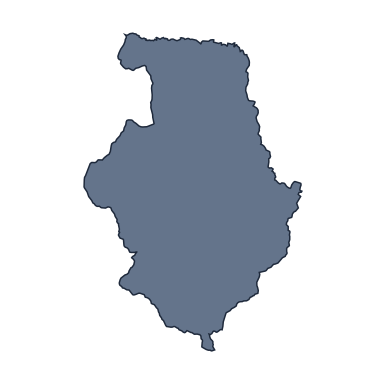 outline of Nam Dong, Thừa Thiên - Huế, Vietnam, rotated 99°
{"feature_id": "81297802B42791937018990", "entity_name": "Nam Dong", "entity_type": "district", "adm_level": 2, "iso_a3": "VNM", "parent_name": "Vietnam", "parent_adm1": "Thừa Thiên - Huế", "projection": "mercator", "projection_center": [107.686, 16.119], "detail": "fine", "context": "isolated", "style": "filled", "palette": "slate", "viewbox_px": 384, "rotation_deg": 99, "n_neighbors": 0, "source": "geoboundaries", "source_scale": "gbopen_adm2", "svg_char_len": 5948}
<svg xmlns="http://www.w3.org/2000/svg" viewBox="0 0 384 384"><g transform="rotate(99 192 192)"><path d="M47.1,282.7L48.6,281.2L50.1,281.1L51.7,281.7L53.9,281.7L57.4,282.5L62.0,284.7L65.9,285.8L69.5,286.4L71.5,285.8L72.6,284.5L72.7,282.9L73.2,282.6L76.0,282.7L76.8,282.2L79.4,279.2L80.7,276.8L80.2,274.8L79.7,273.8L81.0,270.2L81.1,269.2L80.7,268.5L78.6,266.9L77.5,264.1L75.2,260.6L74.4,258.5L75.2,257.0L78.7,255.9L83.7,250.9L86.6,250.2L90.5,247.7L91.5,247.6L93.0,248.3L95.8,248.2L102.3,246.5L106.5,246.0L108.0,246.1L110.1,246.8L111.8,246.2L115.2,245.8L121.7,243.0L124.5,242.4L130.3,240.2L130.9,240.5L134.6,246.8L135.5,250.9L135.6,252.6L135.1,254.7L133.0,258.0L131.9,260.5L130.6,262.1L130.4,263.2L130.7,265.8L131.3,267.2L131.8,267.6L132.8,267.9L136.1,267.9L139.3,269.0L142.3,269.1L144.7,271.2L147.6,271.9L151.8,274.7L154.4,275.4L155.4,277.4L157.0,278.8L158.9,279.0L164.7,279.0L167.7,279.8L169.0,281.4L171.4,283.6L172.6,284.5L174.4,285.5L174.9,289.5L175.4,290.1L176.8,290.8L177.7,291.6L178.2,292.7L178.5,295.6L179.4,296.6L179.9,297.0L192.6,299.7L194.3,300.4L196.8,300.3L203.8,299.4L204.6,299.0L208.3,295.6L212.7,293.3L216.1,289.7L218.3,288.2L218.9,286.7L220.4,285.2L221.0,283.5L220.6,281.1L221.5,279.7L221.7,278.9L221.4,274.9L219.8,272.6L220.0,270.5L220.5,269.5L222.7,268.4L225.7,265.2L228.2,264.0L230.8,261.7L233.0,261.6L234.2,260.7L234.7,259.6L235.8,259.5L240.1,257.9L242.7,258.1L242.9,257.4L243.4,257.2L245.3,257.9L246.3,257.8L248.8,255.8L249.4,252.7L249.9,252.2L255.1,250.9L256.0,250.5L256.9,249.4L257.3,247.5L257.8,246.6L258.6,245.7L261.0,244.2L261.2,243.8L261.2,242.3L260.6,239.0L259.9,237.7L260.0,237.2L261.8,238.2L263.5,238.7L265.1,240.7L266.4,241.3L267.4,239.6L268.9,238.1L269.9,237.9L273.0,238.1L275.8,239.5L276.3,240.4L276.7,240.6L279.8,241.8L281.8,242.0L283.4,243.3L284.5,245.3L288.2,248.7L289.8,249.2L292.8,249.6L294.1,249.4L295.4,248.6L296.4,246.6L297.6,245.7L297.7,243.9L298.8,241.2L298.7,238.8L302.7,234.5L302.8,233.3L302.0,231.6L300.4,229.0L300.1,227.6L300.9,223.1L303.2,221.7L303.4,219.5L304.5,217.2L306.2,215.6L308.4,214.7L308.7,214.0L309.2,211.5L311.7,209.2L313.0,207.4L315.7,206.3L316.7,205.4L318.9,204.6L321.2,202.4L322.5,201.7L323.5,200.0L327.7,197.2L328.8,196.1L328.8,191.6L328.5,190.3L327.7,188.9L327.6,187.8L328.7,185.3L328.8,184.3L330.1,183.2L330.7,180.5L331.8,178.7L332.1,177.5L331.7,176.6L329.7,175.3L331.0,170.9L330.8,170.2L332.1,167.5L331.5,164.5L331.7,163.1L331.6,162.1L332.8,160.7L335.6,160.0L336.0,159.2L336.8,158.5L337.7,158.3L339.0,158.4L343.2,158.1L343.6,157.9L345.3,153.4L345.7,151.1L345.4,149.2L345.9,148.2L345.8,147.5L344.4,144.9L341.4,147.3L339.2,147.2L338.2,147.8L336.7,147.9L335.9,148.5L334.3,150.6L332.5,151.7L330.9,152.2L329.7,152.9L329.9,151.6L328.8,150.3L326.2,149.2L325.9,147.7L326.5,146.7L326.6,145.7L326.2,145.0L323.7,142.6L323.3,141.9L323.4,140.7L319.8,140.5L315.4,140.8L306.4,139.5L305.7,139.1L303.2,135.8L301.1,134.6L299.4,132.3L297.8,130.6L297.4,130.4L296.0,130.4L294.3,129.5L293.4,128.5L292.9,127.5L292.4,125.2L291.5,123.9L290.9,121.0L289.3,119.0L287.0,118.1L286.1,116.6L285.0,115.6L284.7,114.7L283.1,113.8L281.8,111.1L279.0,111.1L276.2,112.2L274.2,113.3L271.0,113.9L265.9,112.4L264.5,112.2L262.8,112.2L260.9,113.0L258.6,107.3L257.9,106.4L255.6,105.2L254.0,102.3L250.7,100.2L250.2,98.7L248.7,96.0L242.8,92.4L241.0,89.9L239.8,89.6L238.1,88.6L237.3,88.6L235.9,89.2L233.0,89.7L231.8,89.2L230.2,87.7L229.5,87.5L226.6,88.5L223.9,88.0L220.5,88.5L219.2,89.1L216.2,89.0L215.4,89.4L214.8,91.0L211.0,91.6L209.5,93.7L207.4,93.8L205.5,92.9L203.9,93.0L203.0,92.7L201.5,89.6L200.4,89.4L198.1,89.4L196.8,88.8L195.3,87.8L194.9,86.8L191.1,84.5L186.7,86.9L179.4,84.0L177.8,86.7L177.1,86.6L175.8,86.2L175.0,83.9L174.0,83.6L173.7,85.2L172.9,85.9L170.3,85.8L168.1,85.4L166.9,85.7L166.5,85.9L166.3,86.6L165.6,91.5L165.7,92.4L166.9,93.4L169.4,94.6L172.4,95.1L173.0,95.6L172.8,97.1L172.2,98.5L171.5,99.6L169.5,101.4L168.9,102.4L169.0,104.7L170.1,105.9L170.2,106.6L169.7,108.0L167.4,111.0L167.1,112.2L165.3,112.4L164.4,111.7L163.7,111.8L162.0,112.9L160.6,113.1L160.5,114.0L159.3,115.0L159.0,116.1L158.3,116.0L156.9,115.5L156.5,115.6L155.7,117.5L156.3,119.3L155.4,120.8L150.3,120.8L147.2,121.4L146.2,120.4L144.6,120.0L142.3,121.0L140.4,121.4L139.9,122.0L138.9,125.4L137.5,126.2L135.6,127.9L134.5,129.8L134.1,131.6L132.5,131.2L128.3,132.4L127.0,132.5L124.6,135.7L123.5,135.8L120.8,135.1L119.6,135.4L116.9,135.4L115.1,136.4L112.3,138.7L108.7,140.3L107.0,140.2L105.5,139.4L103.5,139.0L100.9,139.5L99.6,140.5L98.8,141.5L97.4,145.1L95.4,144.2L93.3,143.8L92.8,144.9L92.7,146.1L92.9,149.2L92.6,150.5L89.9,152.1L87.4,152.9L83.7,154.8L80.1,155.1L76.5,153.9L75.2,154.1L72.9,153.7L69.7,155.0L65.9,155.3L65.0,156.6L64.9,157.4L64.5,157.6L62.0,157.2L58.0,155.3L54.9,155.6L53.6,156.0L51.1,157.3L49.3,158.8L47.8,159.4L48.1,161.0L48.0,161.8L46.0,163.0L44.9,163.4L44.1,164.5L44.2,165.1L45.5,165.9L45.7,166.3L43.7,167.0L43.1,167.5L42.0,167.9L40.5,170.4L39.6,170.9L39.8,171.6L41.8,172.7L41.8,173.3L41.2,173.4L38.9,173.1L38.1,173.2L38.4,173.9L40.0,175.6L39.6,177.2L39.5,179.8L41.6,179.9L42.3,180.0L42.4,180.3L41.4,181.8L41.2,183.6L41.4,184.5L42.2,185.5L42.2,185.9L40.1,186.3L40.1,186.9L41.1,189.0L40.6,194.1L40.0,194.3L38.4,194.2L38.3,194.5L38.4,195.7L39.0,197.6L40.2,198.7L40.6,199.4L41.1,204.9L42.4,206.0L43.2,206.3L44.0,206.2L44.3,206.5L41.4,211.6L41.1,215.9L41.6,217.5L40.9,219.3L41.1,220.5L42.4,222.9L41.5,224.1L41.3,226.7L41.7,227.5L42.6,227.2L43.2,227.5L44.7,230.0L44.9,231.2L43.9,234.7L44.4,236.6L45.6,237.7L45.9,238.7L45.6,239.7L44.6,240.2L44.7,241.1L44.3,241.9L44.9,242.6L44.8,243.3L43.9,244.3L44.9,246.2L46.0,247.2L46.1,247.5L44.9,251.0L45.3,251.6L47.1,250.6L47.5,250.7L47.1,252.8L48.3,253.3L48.6,253.7L48.4,254.6L48.9,256.7L48.5,257.5L49.1,258.3L48.8,259.2L49.4,259.9L49.2,261.3L48.3,261.2L47.9,261.6L48.1,262.3L47.5,263.5L48.2,264.8L48.3,266.1L47.5,267.2L47.2,268.4L45.9,268.8L45.7,270.6L44.7,272.0L44.7,274.3L44.4,275.2L45.3,278.0L47.2,280.3L47.4,281.4L47.1,282.7Z" fill="#64748b" stroke="#1e293b" stroke-width="1.5"/></g></svg>